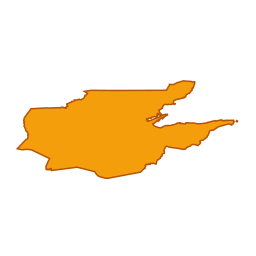 Vopnafjarðarhreppur, Austurland, Iceland, rotated 5°
{"feature_id": "244011B85031335132444", "entity_name": "Vopnafjarðarhreppur", "entity_type": "district", "adm_level": 2, "iso_a3": "ISL", "parent_name": "Iceland", "parent_adm1": "Austurland", "projection": "robinson", "projection_center": [-14.859, 65.704], "detail": "fine", "context": "isolated", "style": "filled", "palette": "amber", "viewbox_px": 256, "rotation_deg": 5, "n_neighbors": 0, "source": "geoboundaries", "source_scale": "gbopen_adm2", "svg_char_len": 5813}
<svg xmlns="http://www.w3.org/2000/svg" viewBox="0 0 256 256"><g transform="rotate(5 128 128)"><path d="M19.5,158.3L24.6,158.9L26.5,158.6L27.5,158.2L28.9,158.2L30.0,158.0L32.7,158.2L33.3,158.0L52.6,165.3L51.4,168.2L49.6,173.4L50.0,176.3L50.3,176.4L51.1,176.2L51.0,176.4L51.1,176.5L51.6,176.4L51.9,176.6L52.1,176.4L52.6,176.5L53.2,176.2L53.9,176.4L53.9,176.1L54.3,176.0L54.4,175.7L54.1,175.2L55.0,175.1L54.9,175.5L55.6,177.0L80.8,171.5L98.7,174.4L100.5,176.8L101.9,178.0L103.1,178.6L104.8,179.1L109.2,179.9L111.8,180.0L144.3,170.9L147.1,167.5L147.7,167.0L148.4,166.9L148.5,166.3L148.3,165.9L148.9,164.6L148.7,164.5L148.8,164.2L148.4,163.7L148.8,163.4L148.9,162.9L149.4,162.5L149.8,162.4L150.4,162.9L151.4,162.6L151.4,162.2L151.9,161.9L152.4,162.0L152.8,162.3L153.2,162.4L153.5,162.1L153.3,161.6L153.9,161.1L155.3,161.2L155.8,161.0L156.5,160.9L159.1,161.5L159.7,158.3L159.9,157.6L162.8,155.4L163.1,154.9L163.0,154.0L163.1,153.8L164.5,152.6L164.2,151.4L164.4,151.1L166.4,149.9L166.5,149.5L166.0,147.8L166.0,146.1L166.6,145.0L166.9,143.6L167.4,143.0L168.4,142.9L170.5,143.4L173.4,143.7L178.2,143.8L184.0,144.4L187.3,143.9L187.8,142.9L188.3,142.2L191.4,140.7L193.3,138.9L194.6,138.7L196.1,138.7L197.2,138.9L198.9,139.4L199.4,139.3L201.5,136.7L201.4,136.1L200.7,135.0L200.8,134.8L202.1,134.0L203.8,133.6L207.6,130.1L207.8,128.9L208.6,127.8L209.7,123.6L210.9,123.1L213.1,122.8L218.0,118.9L228.0,115.1L230.7,115.9L230.6,115.7L230.7,115.4L231.6,115.0L232.1,114.4L232.3,114.5L232.3,114.1L232.9,113.5L233.0,113.0L232.7,112.4L233.0,111.9L232.6,111.6L232.5,111.0L232.4,111.0L232.0,111.3L229.9,111.3L228.3,111.6L226.6,111.6L226.4,111.7L226.1,111.7L226.0,112.0L225.5,111.8L225.2,112.0L224.6,111.9L224.6,112.1L223.8,112.0L223.1,112.4L222.7,112.3L222.2,112.5L221.7,112.4L221.6,112.2L221.2,112.3L220.8,112.2L220.7,111.9L220.0,111.9L219.9,111.8L219.8,112.0L219.2,112.1L217.8,112.6L217.4,112.6L214.9,113.4L214.6,113.1L214.0,113.1L213.3,113.7L212.3,113.6L208.6,115.0L207.7,115.2L207.8,115.3L206.7,115.9L205.4,116.1L203.8,116.7L202.3,116.8L201.6,117.2L198.9,117.5L196.0,117.7L193.3,117.3L192.3,117.3L191.4,117.6L189.3,117.5L187.5,117.6L186.8,117.7L186.2,117.6L185.6,118.0L185.0,118.0L185.1,118.4L184.6,118.9L183.6,119.0L181.9,118.8L181.4,118.5L180.9,118.8L179.9,119.1L179.5,118.9L179.4,118.2L179.0,118.2L178.1,118.5L177.5,118.6L177.1,119.0L176.4,118.9L175.2,120.0L172.3,121.0L171.1,121.3L170.4,121.8L168.9,122.0L167.7,121.9L167.3,122.3L165.8,122.2L165.3,122.4L164.9,122.4L163.6,123.3L162.9,123.4L162.1,124.3L161.4,124.5L160.4,125.0L157.2,124.7L154.3,123.7L153.5,123.3L152.5,122.3L152.2,121.7L152.3,121.5L152.8,121.2L153.7,121.1L154.4,120.4L154.6,119.9L155.6,119.4L155.7,119.1L156.2,118.7L156.3,118.4L156.9,118.5L156.8,118.4L157.0,118.0L157.1,117.9L157.3,117.9L157.1,117.8L157.6,117.6L157.3,117.6L157.5,117.5L158.2,117.4L157.5,117.4L157.8,117.3L157.9,116.9L158.1,116.9L158.1,117.0L158.2,116.9L158.5,116.7L158.8,117.0L158.6,117.3L158.6,117.6L158.2,117.8L158.7,117.7L159.2,116.4L160.0,115.5L161.2,115.5L161.2,115.2L161.4,115.4L161.4,115.2L162.1,115.3L162.5,114.7L162.8,114.6L162.9,114.4L162.5,114.1L162.7,113.9L162.9,113.6L163.5,113.4L166.1,111.6L166.2,111.1L166.0,110.9L164.5,111.0L163.4,111.5L162.7,111.5L162.2,111.9L160.9,112.5L157.3,114.8L156.7,115.1L156.3,114.6L156.2,114.6L156.5,115.1L150.3,118.2L149.4,118.8L148.5,119.0L148.1,119.3L147.3,119.5L147.4,119.3L146.8,119.1L147.9,119.1L146.9,118.7L146.8,118.2L146.3,118.2L146.5,118.0L145.8,118.0L145.7,117.5L146.0,117.2L146.8,117.0L147.9,116.3L150.3,116.2L150.5,116.0L150.3,115.6L151.1,115.0L152.5,114.7L152.9,114.3L156.2,114.5L155.9,114.2L156.0,114.0L155.9,113.5L156.1,113.2L156.0,112.9L156.4,112.7L155.9,112.4L156.1,112.2L155.8,112.0L155.8,111.5L156.1,111.0L156.5,110.8L157.1,110.9L157.0,111.6L157.4,111.7L157.5,111.9L157.8,112.1L159.9,112.6L161.0,112.3L161.1,112.0L159.8,111.3L158.7,110.3L157.6,108.6L157.2,107.5L157.3,107.2L158.1,107.1L158.3,106.8L159.0,106.5L159.1,106.3L159.4,106.2L160.1,105.3L160.5,105.3L160.6,105.0L160.7,103.7L161.0,103.0L161.5,102.2L162.2,101.5L163.3,101.2L164.9,101.4L166.5,100.9L167.1,101.0L169.3,100.6L170.0,100.3L171.1,100.2L172.1,100.3L172.7,100.2L172.9,100.0L172.9,99.7L171.7,99.6L171.2,99.3L171.0,99.0L171.1,97.6L171.4,96.8L172.2,96.3L172.9,96.0L173.1,95.6L178.2,94.1L178.8,93.5L179.5,93.6L181.3,93.0L181.4,92.8L181.1,92.5L181.3,92.3L182.0,92.2L181.9,92.1L182.6,91.7L182.7,91.4L182.9,91.0L182.8,90.6L183.5,89.5L184.8,88.5L185.8,88.3L186.3,87.9L186.9,86.8L187.2,86.6L187.7,85.5L188.5,84.9L188.6,84.3L188.3,84.0L188.6,83.1L189.3,82.5L189.1,82.3L189.9,80.9L189.8,80.3L190.3,79.0L190.3,78.5L190.6,77.8L190.6,77.2L190.4,76.9L190.5,76.4L190.3,76.1L188.1,76.5L186.3,76.0L184.9,76.2L179.0,76.2L172.8,78.7L169.5,80.7L169.1,80.8L165.4,81.0L165.5,81.9L165.4,82.5L164.2,84.1L164.1,84.9L163.3,86.2L162.9,87.1L110.5,91.9L87.8,93.7L81.3,95.3L84.6,96.9L84.2,97.4L84.3,97.8L83.3,98.7L82.4,99.2L82.7,99.6L82.2,99.9L82.0,100.3L81.5,102.1L80.4,102.9L79.2,103.5L79.0,103.9L78.7,104.1L77.4,104.0L77.3,103.7L77.0,103.6L76.7,103.8L75.5,104.0L74.7,104.6L72.6,104.7L72.8,104.9L72.6,105.1L72.6,105.4L72.5,105.5L70.5,106.3L70.3,106.6L69.6,106.5L69.1,107.2L67.4,108.0L66.4,108.7L65.0,109.3L64.9,109.4L64.9,109.9L65.2,110.0L65.2,110.5L65.9,111.2L65.7,111.5L65.9,111.6L65.3,112.2L64.7,112.3L64.9,112.7L64.7,113.4L64.0,113.2L63.1,113.4L63.3,113.6L62.8,113.6L62.5,113.3L60.9,112.9L60.3,113.0L60.1,113.3L59.4,113.4L59.3,113.6L48.4,114.9L44.1,115.2L29.7,117.3L23.9,126.7L23.4,129.9L24.3,130.9L23.7,132.0L24.5,133.2L24.5,134.1L24.2,134.8L24.3,135.3L24.9,135.8L26.7,139.9L27.9,140.6L29.1,142.7L29.1,143.2L28.7,143.8L29.1,144.7L29.2,145.4L29.1,146.2L28.8,147.4L28.4,147.9L27.2,148.6L19.5,158.3ZM236.0,111.6L235.7,111.4L235.7,111.5L235.2,111.9L235.7,112.3L235.9,112.3L236.0,112.1L236.4,112.1L236.5,111.6L236.3,111.4L236.0,111.6Z" fill="#f59e0b" stroke="#b45309" stroke-width="1.5"/></g></svg>